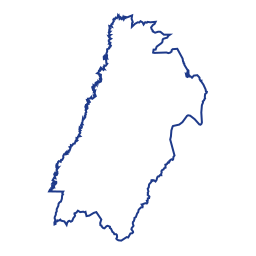 outline of Palenque, Los Rios, Ecuador
{"feature_id": "8360857B53847682680021", "entity_name": "Palenque", "entity_type": "district", "adm_level": 2, "iso_a3": "ECU", "parent_name": "Ecuador", "parent_adm1": "Los Rios", "projection": "equal_earth", "projection_center": [-79.734, -1.333], "detail": "fine", "context": "isolated", "style": "outline", "palette": "blue", "viewbox_px": 256, "rotation_deg": 0, "n_neighbors": 0, "source": "geoboundaries", "source_scale": "gbopen_adm2", "svg_char_len": 5708}
<svg xmlns="http://www.w3.org/2000/svg" viewBox="0 0 256 256"><path d="M49.1,191.4L63.2,191.6L62.4,193.1L62.3,193.8L63.0,194.3L62.1,195.7L61.9,198.7L60.9,201.6L59.7,202.2L58.6,203.6L58.3,205.9L56.7,209.2L56.7,211.5L55.9,212.6L55.8,214.7L54.7,217.2L54.7,218.7L55.5,219.8L54.4,222.5L54.5,224.4L55.6,223.9L55.5,222.6L56.0,221.4L57.1,221.4L57.8,220.4L58.7,220.7L60.3,219.6L61.1,220.7L64.4,221.4L66.6,224.9L67.2,222.7L68.5,221.1L69.4,220.8L70.8,221.7L72.2,220.9L73.4,218.0L74.8,216.3L75.1,215.3L74.4,214.0L74.5,213.3L76.3,212.7L77.9,210.7L80.2,212.1L83.3,211.7L84.7,212.3L85.5,211.9L86.5,216.1L89.3,215.6L93.7,212.9L96.3,212.1L101.3,219.5L100.2,223.0L100.4,225.2L101.5,225.6L101.7,226.5L103.3,228.1L104.5,228.3L106.5,226.2L107.6,225.8L109.9,226.7L109.9,228.0L111.0,228.7L112.5,232.0L113.6,232.6L114.3,234.2L116.2,234.2L116.9,235.0L117.1,237.1L116.3,238.7L116.9,239.4L118.4,240.3L121.3,240.6L126.7,237.1L128.2,237.5L130.4,233.5L132.3,233.2L133.1,232.3L133.0,231.5L131.4,229.3L131.7,228.1L133.5,225.8L132.8,223.6L132.9,222.1L133.7,221.3L134.5,219.0L134.4,218.0L135.9,217.0L137.2,213.3L138.1,212.4L138.7,209.7L141.0,207.4L142.5,207.3L142.7,206.2L141.7,204.5L142.2,204.4L142.5,204.9L143.1,204.0L145.4,203.2L146.8,203.5L147.5,202.6L146.9,200.8L147.7,200.7L147.8,198.4L149.1,198.1L149.4,196.5L147.7,194.9L148.0,193.7L147.7,192.9L148.4,191.5L147.7,188.7L148.7,187.5L149.1,184.4L151.2,182.0L151.5,180.2L152.3,180.1L152.9,180.8L153.8,180.2L155.5,181.5L156.5,180.1L157.3,177.2L158.1,176.4L158.9,176.5L159.9,175.2L161.3,175.2L161.1,174.0L161.7,172.3L161.4,171.2L162.2,170.0L163.5,169.5L164.1,168.3L165.6,167.6L165.4,165.9L165.8,165.1L165.5,164.6L166.9,164.1L167.8,162.5L168.7,162.8L169.3,162.0L169.2,161.2L169.9,160.9L170.4,159.9L171.6,159.3L172.6,159.9L173.1,159.5L173.5,156.8L174.5,155.5L170.2,139.5L170.9,136.5L171.4,130.4L172.6,126.6L173.0,126.0L179.2,124.6L182.4,122.2L187.0,115.9L188.1,115.3L190.2,115.7L194.7,119.2L199.3,124.4L200.5,124.7L201.4,123.9L201.9,122.5L201.3,112.5L201.9,105.2L203.0,102.6L202.8,101.4L204.1,100.3L204.2,99.4L205.1,98.5L204.8,97.1L205.1,94.1L206.7,92.7L206.9,91.8L205.9,91.3L205.6,89.4L203.4,84.6L201.4,81.7L201.4,80.7L200.6,80.9L199.6,79.2L199.5,77.6L197.3,75.2L193.8,75.6L192.0,77.7L190.6,76.4L189.8,76.5L189.5,75.8L187.5,77.0L186.5,76.5L186.0,74.1L187.3,74.9L187.4,73.7L188.6,74.4L188.5,73.4L187.5,72.4L188.0,72.1L187.6,71.9L187.6,70.8L188.3,71.4L188.4,70.5L187.0,69.2L184.4,64.9L184.3,63.8L183.7,63.4L183.7,62.2L183.1,61.7L182.6,58.6L177.3,48.8L172.6,49.2L171.7,50.1L171.5,51.6L170.0,52.7L168.3,53.1L166.5,52.5L154.2,52.9L153.1,52.6L153.6,49.6L155.6,49.6L156.7,46.6L161.5,43.1L162.4,41.9L162.7,39.6L163.3,38.8L167.3,37.6L168.2,35.9L169.9,34.7L163.9,34.7L160.4,31.8L158.2,31.7L155.1,32.7L152.7,31.4L152.8,30.6L151.7,29.3L151.1,27.4L152.9,25.0L154.5,24.0L155.6,21.8L150.4,22.3L147.5,21.9L146.8,22.7L145.2,22.2L143.6,24.5L142.6,22.4L140.5,21.2L139.3,22.5L137.7,22.3L134.9,23.9L131.9,26.8L132.1,23.0L132.8,22.1L131.6,18.8L132.1,15.4L127.3,17.3L124.9,16.8L125.3,18.1L124.5,18.1L123.8,19.4L123.1,17.5L122.8,18.5L122.3,18.1L121.7,19.2L120.8,18.6L120.5,17.1L119.8,16.7L120.0,18.3L119.5,18.8L118.8,15.8L118.5,16.3L118.0,15.5L117.8,16.7L116.9,18.2L115.8,17.6L114.9,19.2L114.1,18.7L113.3,19.5L113.8,21.2L112.6,23.0L112.6,23.9L111.6,24.1L111.1,25.1L111.9,26.8L109.3,26.0L109.7,28.3L110.2,28.7L109.3,29.3L109.2,30.3L109.5,30.5L109.0,31.9L110.2,31.8L109.1,33.1L109.2,35.0L110.4,35.0L109.4,35.8L109.6,36.8L108.6,36.4L109.3,37.7L111.1,38.7L108.8,40.2L108.7,41.0L109.2,42.1L109.9,41.5L109.1,43.5L110.3,43.2L109.9,45.0L110.9,45.6L110.5,46.6L109.2,47.3L109.5,47.8L109.1,48.5L107.1,49.3L107.2,51.4L106.3,53.9L107.1,55.2L106.9,57.2L107.3,58.6L105.9,58.3L105.7,57.6L106.4,57.2L106.1,56.6L104.7,57.4L105.7,55.8L105.4,55.4L104.8,55.4L103.7,56.8L103.9,59.0L104.9,58.6L106.2,60.3L106.3,63.0L107.3,63.7L105.7,65.8L104.3,65.5L104.3,66.3L103.6,66.9L104.0,67.7L103.7,68.3L104.4,69.2L103.9,69.1L103.4,69.9L101.4,68.1L101.4,69.2L100.9,69.7L100.4,68.3L99.8,69.4L99.9,70.8L98.9,70.8L98.7,72.2L97.2,73.3L98.8,73.9L99.5,75.5L99.9,74.3L100.9,74.7L100.8,77.3L101.4,79.2L101.0,79.7L100.9,79.1L99.9,79.0L100.1,80.0L101.1,80.8L100.9,81.5L99.3,82.3L98.2,81.1L97.9,82.5L97.6,81.7L96.2,82.5L96.5,84.9L95.4,83.8L94.8,86.2L93.6,85.3L93.8,87.6L92.7,86.7L92.2,87.1L93.1,90.1L94.1,90.3L93.9,91.7L95.1,90.9L94.6,93.3L95.5,95.5L93.9,95.3L94.2,96.4L94.9,96.8L92.3,98.8L91.4,98.4L91.3,97.0L89.8,98.6L88.0,98.7L88.3,100.1L87.0,100.0L87.9,102.4L89.4,101.3L89.8,102.0L88.4,102.9L88.6,103.9L87.2,104.0L87.2,105.2L85.9,105.0L85.3,106.9L85.5,107.3L86.2,106.9L85.9,108.6L87.4,107.4L87.5,108.4L85.8,109.9L86.3,112.3L85.4,113.2L85.8,114.5L84.9,115.4L85.3,116.0L84.8,116.5L85.2,117.2L84.9,117.7L83.6,119.3L83.0,118.2L82.4,122.3L81.8,123.1L82.7,124.5L81.2,124.8L81.0,125.6L81.9,126.5L81.7,127.7L80.8,128.3L79.7,127.4L79.4,129.8L80.5,130.5L79.5,131.5L80.3,132.8L78.8,135.0L80.2,136.2L77.9,136.7L77.4,138.4L76.5,138.1L76.5,139.7L76.1,140.3L77.2,140.6L76.6,141.2L75.6,141.0L74.7,143.6L73.3,143.7L72.2,145.5L70.9,145.1L70.9,146.8L69.6,147.1L70.4,148.3L69.6,150.6L68.6,150.6L68.6,152.0L67.0,151.6L66.9,152.6L67.6,153.8L66.1,154.3L65.5,153.1L64.8,154.3L64.1,154.2L63.2,156.0L63.4,157.6L62.2,159.9L61.1,159.9L60.7,161.8L58.9,161.1L58.0,162.1L57.7,163.6L56.9,164.0L57.6,166.2L56.3,165.7L56.3,167.3L56.8,168.4L58.2,167.8L56.5,170.0L57.4,171.9L56.9,172.5L57.5,173.3L56.9,174.9L56.4,175.1L55.1,172.8L54.2,174.2L54.9,175.5L54.6,176.0L55.4,178.3L53.9,178.0L52.6,180.3L54.2,181.2L52.6,183.2L54.1,183.1L54.6,181.8L56.2,181.8L56.3,183.0L55.3,184.4L53.8,185.1L54.2,187.4L53.2,187.1L52.7,186.3L52.8,185.4L52.2,185.2L52.0,186.1L52.7,188.2L51.2,188.2L51.2,189.0L51.8,189.3L51.6,190.0L50.8,190.4L49.9,189.8L49.1,191.4Z" fill="none" stroke="#1e3a8a" stroke-width="2"/></svg>